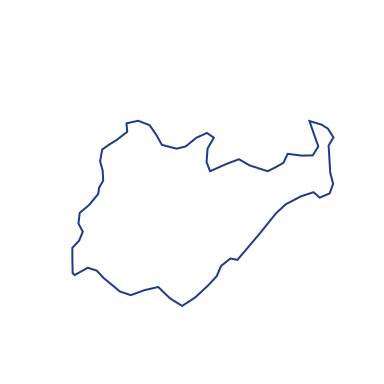 the district of Seocheon-gun, South Chungcheong, South Korea, rotated 137°
{"feature_id": "91817680B6691327376510", "entity_name": "Seocheon-gun", "entity_type": "district", "adm_level": 2, "iso_a3": "KOR", "parent_name": "South Korea", "parent_adm1": "South Chungcheong", "projection": "mercator", "projection_center": [126.683, 36.089], "detail": "fine", "context": "isolated", "style": "outline", "palette": "blue", "viewbox_px": 384, "rotation_deg": 137, "n_neighbors": 0, "source": "geoboundaries", "source_scale": "gbopen_adm2", "svg_char_len": 1016}
<svg xmlns="http://www.w3.org/2000/svg" viewBox="0 0 384 384"><g transform="rotate(137 192 192)"><path d="M205.1,111.4L171.0,115.4L145.4,119.1L131.7,119.1L115.2,114.5L103.3,109.0L102.4,100.8L92.4,97.1L83.2,101.7L77.8,111.8L69.5,121.8L60.4,132.8L51.3,135.5L49.4,145.6L51.3,152.9L57.7,163.8L68.6,139.2L78.7,136.4L86.9,143.7L96.0,154.7L105.2,151.0L113.4,152.9L122.5,155.6L131.7,172.1L135.3,183.9L146.3,188.5L164.6,194.9L160.9,204.0L150.9,213.2L139.0,216.8L140.8,225.0L151.8,228.7L165.5,229.6L173.7,234.2L181.9,247.0L179.2,257.9L177.4,269.8L182.8,280.8L193.1,286.9L198.3,280.2L211.2,281.4L220.0,283.1L228.7,284.3L238.1,277.3L242.8,268.5L249.2,260.9L256.8,258.6L262.1,254.5L276.1,252.7L288.4,253.3L296.6,246.3L298.9,237.5L307.7,233.4L317.6,232.8L324.6,225.2L334.6,214.1L334.5,211.3L319.9,207.7L315.3,199.5L315.3,189.4L312.6,168.4L307.1,158.3L294.3,152.9L281.5,145.6L280.6,129.1L276.9,115.4L261.4,112.7L243.1,112.7L231.3,113.6L221.2,118.1L209.3,117.2L205.1,111.4Z" fill="none" stroke="#1e3a8a" stroke-width="2"/></g></svg>